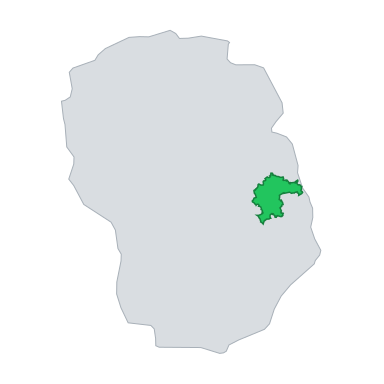 location of Kumanovo, Staro Nagoričane, North Macedonia, rotated 87°
{"feature_id": "65306769B55307449205038", "entity_name": "Kumanovo", "entity_type": "district", "adm_level": 2, "iso_a3": "MKD", "parent_name": "North Macedonia", "parent_adm1": "Staro Nagoričane", "projection": "equal_earth", "projection_center": [21.797, 42.114], "detail": "fine", "context": "in_parent", "style": "filled", "palette": "green", "viewbox_px": 384, "rotation_deg": 87, "n_neighbors": 0, "source": "geoboundaries", "source_scale": "gbopen_adm2", "svg_char_len": 3485}
<svg xmlns="http://www.w3.org/2000/svg" viewBox="0 0 384 384"><g transform="rotate(87 192 192)"><path d="M171.3,84.7L178.3,85.6L193.7,81.4L203.2,75.5L208.1,74.7L214.5,72.4L223.8,72.7L233.3,75.3L245.3,71.9L257.0,66.4L261.7,67.8L266.9,72.5L270.2,73.7L289.9,98.4L300.6,108.4L313.3,116.0L327.7,121.5L332.9,126.8L342.2,153.1L346.7,163.1L352.8,166.1L354.3,169.0L354.6,172.8L347.8,191.3L345.3,232.9L343.6,236.2L336.3,236.0L326.7,236.9L323.1,240.1L319.3,262.6L303.9,269.0L289.9,272.6L278.0,271.8L257.2,266.5L250.4,265.9L244.6,268.9L226.0,270.5L217.9,274.4L198.8,300.7L179.3,309.8L172.7,314.4L157.9,308.6L150.8,308.0L140.5,314.7L118.0,315.3L111.9,316.5L94.5,317.6L93.8,313.9L90.7,308.6L82.6,306.2L66.0,308.3L62.0,304.4L55.4,282.1L50.1,278.5L44.2,271.0L34.3,246.8L34.1,236.2L34.8,227.0L29.4,205.4L32.9,199.9L38.0,196.5L38.2,187.7L36.8,174.5L43.0,148.6L44.7,146.7L46.3,148.0L61.0,150.0L64.9,146.8L67.3,141.6L68.2,122.7L71.8,114.0L107.6,97.4L118.0,96.8L126.1,104.4L132.4,109.3L136.3,109.1L137.7,104.2L142.0,94.7L149.4,89.3L171.1,84.7L171.3,84.7Z" fill="#d9dde1" stroke="#a8b0b8" stroke-width="1"/><path d="M227.7,122.6L224.7,121.5L224.5,120.9L224.0,120.7L223.9,120.0L223.0,119.1L223.0,116.4L222.3,115.7L222.3,114.8L220.8,115.4L219.0,115.2L217.7,113.5L217.9,112.5L218.4,113.1L219.3,111.2L220.1,110.3L221.2,110.6L221.6,110.1L221.7,109.2L220.2,108.4L220.1,107.9L220.5,107.9L220.4,106.9L221.2,104.9L221.2,103.7L220.5,103.3L220.6,102.9L219.9,102.4L219.4,102.6L218.6,102.3L218.3,102.0L217.8,102.3L217.9,103.4L217.6,104.1L217.1,104.0L216.6,104.4L215.6,103.7L212.9,104.8L212.6,104.6L212.4,104.9L211.0,103.6L211.0,103.2L209.8,103.1L209.3,101.7L206.9,102.2L206.4,102.8L205.3,103.0L204.8,103.3L205.2,103.9L204.8,103.9L204.1,105.3L201.5,104.7L199.9,104.9L198.5,102.4L198.3,101.3L197.9,101.3L197.5,100.2L198.1,99.9L197.3,94.5L198.5,92.8L198.2,91.0L198.4,89.9L197.9,89.4L197.3,87.0L198.3,86.9L198.7,86.1L199.6,85.4L200.9,85.6L199.4,82.6L198.3,81.6L198.1,81.7L197.7,81.8L197.3,82.0L197.2,82.2L196.9,82.6L196.8,82.8L196.4,83.0L195.9,83.2L195.6,82.9L195.3,82.8L195.2,82.6L194.9,82.5L194.4,82.5L193.6,82.6L192.8,82.3L192.2,82.1L192.0,82.7L191.5,83.2L190.6,83.7L190.5,84.0L190.4,84.8L190.5,85.4L190.2,85.8L190.1,86.0L189.9,86.1L188.9,86.8L188.4,86.9L187.9,86.9L187.6,86.2L187.2,86.0L186.6,85.7L186.3,85.7L186.1,85.8L185.7,85.9L187.1,88.3L188.3,88.5L187.8,89.6L188.0,92.4L187.7,93.4L187.8,93.8L188.9,93.7L188.8,94.2L188.2,94.2L188.2,94.7L186.9,95.1L185.2,96.5L185.8,97.2L185.0,97.5L185.2,100.1L184.8,100.5L183.2,99.8L181.7,100.3L182.0,101.2L181.9,103.3L181.1,104.7L180.9,106.7L179.7,108.3L179.9,108.7L179.5,110.2L179.1,110.0L178.9,110.5L177.7,110.5L177.3,111.1L177.4,112.3L178.3,112.2L179.1,112.7L179.7,112.5L180.0,113.4L180.4,113.0L181.5,113.6L181.6,115.2L180.9,116.1L182.5,118.4L183.6,117.7L184.2,117.9L184.7,118.9L184.7,119.9L185.5,120.4L187.6,120.2L188.8,120.6L188.7,122.9L187.5,124.8L188.0,125.6L190.1,125.9L191.1,126.5L191.3,127.0L192.2,127.5L192.3,128.3L193.4,128.7L193.3,129.6L193.9,130.1L196.8,129.7L197.5,128.9L200.8,128.1L201.3,130.3L203.3,131.3L204.1,132.3L205.1,132.1L205.8,130.8L207.4,129.7L207.7,129.0L208.6,128.7L207.9,128.1L207.6,126.7L208.7,125.7L209.7,126.2L209.9,125.1L210.7,124.0L212.3,123.6L213.1,123.9L213.3,123.3L214.4,122.7L215.7,123.0L216.0,122.3L216.5,122.3L216.9,123.0L217.2,122.8L217.4,123.2L218.2,124.7L218.8,126.8L218.7,128.3L219.6,127.1L221.8,126.1L222.7,125.3L223.7,125.3L224.9,124.8L225.5,125.0L226.4,123.6L227.7,122.6Z" fill="#22c55e" stroke="#15803d" stroke-width="1.5"/></g></svg>